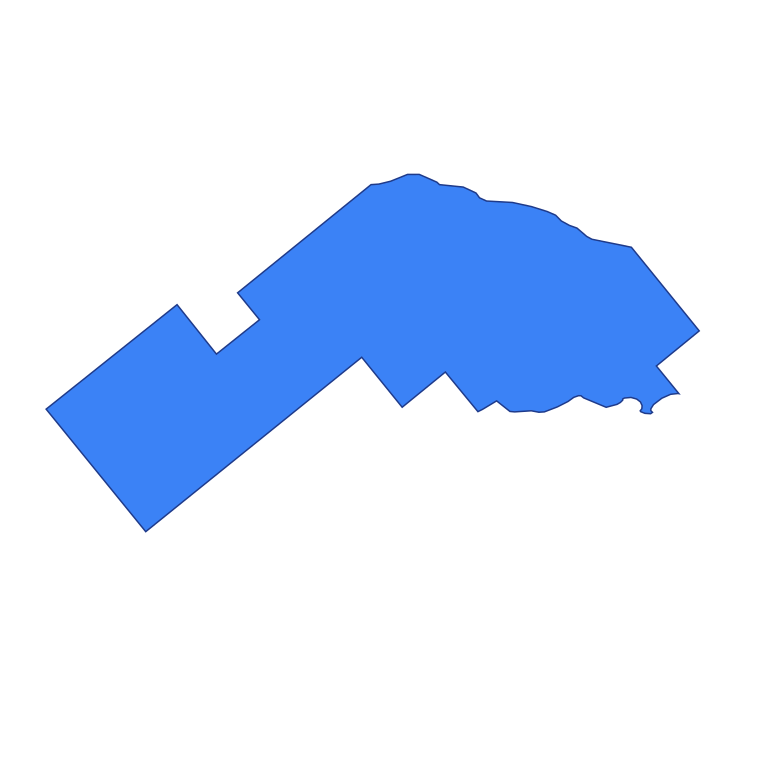 outline of Houghton, Michigan, United States of America, rotated 51°
{"feature_id": "52423323B54374789606174", "entity_name": "Houghton", "entity_type": "district", "adm_level": 2, "iso_a3": "USA", "parent_name": "United States of America", "parent_adm1": "Michigan", "projection": "natural_earth1", "projection_center": [-88.506, 46.853], "detail": "fine", "context": "isolated", "style": "filled", "palette": "blue", "viewbox_px": 768, "rotation_deg": 51, "n_neighbors": 0, "source": "geoboundaries", "source_scale": "gbopen_adm2", "svg_char_len": 1010}
<svg xmlns="http://www.w3.org/2000/svg" viewBox="0 0 768 768"><g transform="rotate(51 384 384)"><path d="M348.8,662.1L349.2,384.5L413.5,384.5L413.3,328.8L464.6,328.4L465.7,323.5L468.0,307.1L484.6,303.4L487.9,300.0L497.5,286.4L503.4,281.4L506.6,276.9L510.9,263.7L513.4,252.0L513.8,244.9L515.5,240.2L517.1,238.3L520.4,237.6L541.9,226.0L546.5,215.7L547.1,211.9L546.8,208.7L545.9,208.0L546.2,206.0L549.9,200.5L554.7,197.1L559.3,196.0L563.2,197.0L565.5,199.2L566.1,201.8L567.1,201.9L571.0,199.7L574.9,195.5L575.0,193.2L572.6,193.4L571.2,192.2L569.6,187.5L569.9,177.0L572.4,167.7L576.4,161.5L577.1,160.9L541.4,161.0L541.1,105.6L433.4,105.7L402.4,131.3L396.9,133.6L384.3,135.9L377.4,140.1L368.9,143.6L360.8,144.4L352.7,148.6L339.0,157.7L323.8,169.9L306.3,189.2L299.4,192.6L293.5,192.3L280.8,198.5L264.0,215.4L260.4,215.9L243.3,224.7L235.9,233.9L230.6,251.2L225.4,262.2L220.9,268.6L221.0,440.4L255.7,440.3L255.3,495.4L192.1,494.9L190.9,662.4L348.8,662.1Z" fill="#3b82f6" stroke="#1e3a8a" stroke-width="1.5"/></g></svg>